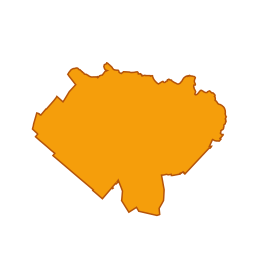 outline of PuketÄpapa Local Board Area, Auckland, New Zealand, rotated 206°
{"feature_id": "76426892B65793329230414", "entity_name": "PuketÄpapa Local Board Area", "entity_type": "district", "adm_level": 2, "iso_a3": "NZL", "parent_name": "New Zealand", "parent_adm1": "Auckland", "projection": "mercator", "projection_center": [174.74, -36.917], "detail": "fine", "context": "isolated", "style": "filled", "palette": "amber", "viewbox_px": 256, "rotation_deg": 206, "n_neighbors": 0, "source": "geoboundaries", "source_scale": "gbopen_adm2", "svg_char_len": 5745}
<svg xmlns="http://www.w3.org/2000/svg" viewBox="0 0 256 256"><g transform="rotate(206 128 128)"><path d="M39.4,163.6L39.6,163.7L39.6,163.4L39.7,163.2L40.1,163.0L40.5,163.0L40.7,163.3L40.9,163.2L41.3,163.3L42.8,163.9L42.7,164.7L42.8,165.1L42.9,165.5L43.3,166.1L43.4,166.4L43.1,166.9L42.8,167.1L42.8,167.5L42.2,168.1L41.9,168.9L41.9,169.3L41.9,169.5L42.3,170.0L42.2,170.6L42.3,170.8L42.4,171.3L42.9,172.2L43.1,172.8L43.1,173.2L43.0,173.5L42.5,174.2L42.5,174.5L42.7,175.0L42.7,176.7L42.9,177.1L43.0,177.2L43.3,177.1L43.5,178.0L44.0,178.5L44.5,178.7L44.5,178.8L44.6,179.1L44.5,179.9L44.6,181.0L44.9,180.9L45.3,181.6L46.6,183.0L46.9,183.7L47.0,183.7L47.0,184.0L47.4,184.8L48.2,186.2L49.5,187.6L50.7,188.5L51.6,188.9L52.5,189.1L53.6,189.4L54.1,189.4L55.1,189.5L56.0,189.4L56.7,189.2L57.2,189.2L57.9,189.4L60.3,190.8L60.6,190.9L61.4,190.9L61.7,191.0L62.0,191.2L62.0,191.8L62.1,192.1L62.8,193.3L63.2,193.7L64.1,194.3L63.8,194.9L64.2,195.6L64.7,196.0L65.1,196.2L66.1,196.5L66.8,196.8L67.3,196.7L67.8,196.5L68.1,196.3L68.5,196.3L69.6,196.8L70.7,197.1L71.0,197.1L71.2,196.9L71.9,196.0L72.3,195.6L72.6,194.5L73.4,194.0L74.6,193.7L75.8,193.8L76.9,194.0L77.7,194.0L78.2,194.1L78.9,193.9L79.4,193.4L79.4,193.1L79.6,192.6L79.8,191.7L79.9,191.4L80.2,189.9L80.5,189.0L80.9,188.2L81.4,187.7L81.7,187.5L82.4,187.5L82.6,187.6L82.9,188.0L82.9,189.1L83.1,189.8L83.1,190.2L83.2,190.4L84.4,191.4L85.1,191.8L85.8,192.5L86.3,192.9L86.7,193.4L86.6,193.5L87.0,193.9L87.3,194.3L87.5,195.0L87.5,195.5L87.4,195.5L86.9,195.8L86.4,196.1L86.4,196.3L86.7,197.0L88.1,198.1L88.8,198.9L89.2,200.0L89.3,200.8L89.5,201.4L89.5,201.9L89.4,202.4L89.5,202.7L89.7,202.9L90.4,203.2L91.0,203.3L91.8,203.0L93.2,202.8L93.8,202.5L95.1,202.1L95.5,202.3L95.9,202.2L96.0,202.1L96.1,201.8L96.8,201.3L96.7,201.2L96.9,201.2L97.0,201.2L97.2,200.7L97.3,200.8L97.5,200.5L97.8,200.5L97.9,200.2L98.3,200.1L98.5,199.8L98.7,199.6L99.2,198.7L99.9,197.1L99.9,196.6L100.0,195.8L100.1,195.1L100.0,194.4L100.1,194.0L100.4,193.0L100.7,191.5L101.2,190.6L101.6,190.0L102.1,189.5L102.5,189.3L103.2,189.2L104.9,189.3L106.0,189.2L106.7,189.3L106.9,189.3L108.8,189.5L109.5,189.7L109.9,190.1L110.5,189.9L110.9,189.7L111.6,189.7L112.0,189.5L112.5,189.8L112.9,189.6L113.0,189.2L113.5,188.8L113.6,188.6L113.7,188.4L113.6,188.0L113.3,187.6L114.3,186.4L114.4,186.0L114.5,185.5L114.6,185.4L115.1,185.0L115.5,184.8L115.8,184.7L116.3,184.8L116.8,185.2L117.2,185.1L117.7,184.5L118.7,183.0L119.4,181.7L119.7,181.4L120.0,180.9L121.5,181.1L123.0,181.6L124.8,182.3L125.9,182.9L127.0,183.7L127.4,184.1L128.3,184.9L128.4,185.0L128.6,185.1L128.9,185.7L129.0,185.7L129.4,185.6L130.0,185.0L130.4,184.7L130.6,184.5L130.9,184.8L131.1,184.8L133.3,183.7L134.4,183.2L135.5,182.7L135.8,182.8L136.5,182.4L137.3,181.7L138.1,181.0L138.5,180.9L138.6,181.0L138.8,181.2L138.8,181.7L138.9,181.9L139.2,182.0L139.5,182.0L140.1,181.8L140.2,182.1L140.5,182.3L140.9,182.1L141.4,181.7L142.3,181.1L142.6,181.1L142.7,181.3L142.7,181.7L142.8,181.9L143.1,182.1L143.6,182.3L144.0,182.6L144.7,182.3L145.2,182.0L146.0,181.4L146.9,180.7L149.4,179.3L149.9,179.1L150.4,179.0L151.3,178.9L156.7,176.6L157.1,175.5L157.4,175.3L157.5,175.0L157.8,174.1L158.3,174.0L159.0,173.9L160.5,174.2L160.8,174.5L160.9,174.8L161.3,175.2L161.8,175.5L162.0,175.6L162.6,175.5L162.9,175.2L163.5,174.9L164.1,174.9L165.1,174.4L165.6,174.4L166.1,174.3L166.5,174.3L167.6,174.7L168.0,174.8L168.4,175.2L168.7,175.4L169.8,175.9L171.4,176.3L172.1,176.6L173.3,176.8L174.3,177.2L175.4,177.3L175.7,177.2L175.6,176.9L175.3,176.7L175.5,176.4L176.5,175.1L176.9,174.7L177.0,174.6L177.0,174.3L176.8,173.8L176.8,173.2L176.7,172.8L176.4,172.3L175.7,171.7L175.4,171.3L174.8,170.8L174.1,170.5L173.6,170.4L172.7,170.3L171.9,170.5L172.6,169.5L173.4,168.9L174.3,164.3L174.9,163.9L175.2,163.6L175.7,163.2L176.4,162.5L176.5,162.2L176.4,162.2L176.8,161.4L176.9,161.0L176.9,160.7L177.2,159.9L177.4,159.9L177.6,160.1L177.5,160.5L177.9,160.8L178.2,160.7L178.3,160.6L178.3,160.3L178.9,159.9L179.6,159.7L180.7,159.1L181.6,158.7L182.4,158.2L183.0,157.9L183.8,157.7L184.2,157.7L184.5,157.6L185.5,157.6L186.2,157.7L186.6,157.6L186.8,157.7L187.1,157.9L188.0,157.8L188.6,158.0L188.8,158.0L189.6,157.8L189.8,157.6L190.1,157.5L190.7,157.4L191.3,157.6L191.6,157.9L191.8,158.0L192.4,158.0L192.9,158.2L193.5,158.2L193.7,158.5L194.2,158.4L194.6,158.6L195.3,158.9L195.6,158.9L196.0,159.0L196.3,159.2L196.5,159.3L197.1,159.1L197.5,159.0L198.3,159.4L198.8,159.4L199.3,159.7L199.7,159.7L200.0,159.5L200.8,159.3L201.3,158.8L201.7,158.5L202.0,158.1L202.8,157.7L203.3,157.3L204.2,156.2L204.4,155.7L204.8,155.1L204.9,154.8L205.1,153.5L205.3,152.7L205.4,152.3L205.5,151.8L205.5,150.8L205.7,149.9L203.4,148.6L194.0,144.0L196.7,135.0L197.6,125.0L197.9,123.0L205.8,125.2L205.8,124.8L205.9,123.7L206.6,120.3L209.6,109.3L210.1,109.1L212.0,101.4L212.3,101.4L213.6,101.7L213.6,101.4L215.0,101.8L216.6,101.5L215.9,97.8L215.7,96.6L214.6,90.3L214.0,88.2L213.4,85.2L206.9,83.2L206.5,82.9L207.3,79.6L201.9,78.1L192.8,75.8L187.0,74.2L182.7,73.2L183.4,70.3L156.5,63.4L149.1,61.5L132.1,57.2L132.3,56.4L120.0,53.2L116.4,67.0L115.7,66.7L115.6,67.2L115.2,67.1L115.0,67.5L116.2,67.9L114.9,72.8L114.2,72.5L113.8,73.6L113.4,74.4L114.3,75.2L113.9,76.4L113.9,76.8L108.8,72.2L105.3,68.9L102.2,60.9L102.0,60.0L96.6,56.6L90.3,52.7L85.6,60.4L81.8,57.9L63.7,62.1L61.9,63.8L61.6,64.2L64.8,69.4L64.4,75.4L64.3,78.4L65.3,80.9L68.2,87.7L68.6,88.5L73.4,95.1L77.2,100.3L75.5,101.3L73.0,103.3L71.4,103.5L68.9,105.3L68.2,104.3L67.8,104.6L67.2,104.8L61.0,109.4L61.4,109.9L60.3,110.8L60.5,111.1L59.5,112.1L59.3,112.8L58.0,112.5L58.1,112.0L56.7,111.6L46.3,145.4L45.4,145.8L44.9,147.6L44.9,148.2L46.8,147.1L47.0,154.6L46.8,154.9L44.9,154.6L43.1,155.0L40.2,156.3L39.6,158.7L40.8,159.0L40.5,159.9L40.3,159.8L39.4,163.6Z" fill="#f59e0b" stroke="#b45309" stroke-width="1.5"/></g></svg>